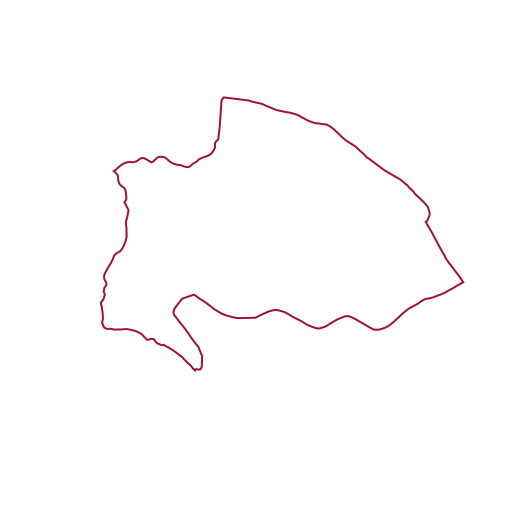 Park Ou, Louangphrabang, Laos, rotated 48°
{"feature_id": "54806243B64130062108645", "entity_name": "Park Ou", "entity_type": "district", "adm_level": 2, "iso_a3": "LAO", "parent_name": "Laos", "parent_adm1": "Louangphrabang", "projection": "mercator", "projection_center": [102.32, 20.145], "detail": "fine", "context": "isolated", "style": "outline", "palette": "rose", "viewbox_px": 512, "rotation_deg": 48, "n_neighbors": 0, "source": "geoboundaries", "source_scale": "gbopen_adm2", "svg_char_len": 3984}
<svg xmlns="http://www.w3.org/2000/svg" viewBox="0 0 512 512"><g transform="rotate(48 256 256)"><path d="M178.3,390.2L180.9,393.3L183.4,393.9L186.0,398.2L187.0,402.8L190.4,404.5L196.4,408.6L200.2,411.8L202.6,415.1L207.5,416.7L210.4,415.6L212.7,412.8L215.8,410.6L220.4,405.3L223.5,401.2L227.7,397.9L231.5,395.5L237.1,393.3L239.7,393.2L243.5,393.2L245.6,392.9L247.6,389.1L249.7,387.5L252.5,387.9L254.6,387.9L259.3,385.7L259.8,384.8L259.9,384.6L260.1,384.2L262.6,383.4L265.3,382.3L270.2,380.9L274.9,379.8L279.8,378.9L282.2,378.5L286.0,378.5L290.6,378.2L294.1,377.8L297.6,378.1L300.2,377.9L299.7,376.7L300.4,375.9L300.6,375.8L301.9,374.7L302.6,373.8L302.7,373.4L302.8,373.0L302.9,372.7L302.7,372.3L302.4,371.0L301.0,369.4L298.8,367.4L297.1,365.6L295.2,363.8L293.8,362.7L292.0,362.3L290.5,361.6L288.3,360.9L285.7,359.9L285.1,359.5L280.3,359.4L274.7,359.0L268.7,358.1L262.6,357.4L256.5,357.1L249.8,356.6L245.0,356.2L242.6,355.2L240.7,352.1L239.8,348.0L238.3,339.7L239.2,337.3L243.1,328.2L245.9,327.2L249.9,326.5L256.1,324.7L261.9,323.6L267.5,322.6L276.2,320.0L280.5,317.7L285.5,314.5L288.6,312.3L291.4,309.5L295.6,304.6L301.5,297.7L303.5,290.3L306.1,282.6L308.8,278.0L310.4,276.3L314.0,274.0L317.0,272.2L321.8,270.5L325.7,269.4L334.8,265.9L340.5,264.3L345.1,262.2L349.2,260.1L351.7,258.2L353.3,255.2L355.0,251.2L355.8,246.4L356.7,242.0L357.6,237.9L360.3,230.4L361.5,228.7L363.6,226.8L369.1,224.5L373.1,223.2L376.6,222.0L380.6,220.8L384.1,219.7L388.7,218.1L390.9,216.5L392.9,214.0L394.2,211.5L395.6,208.4L396.5,204.7L396.7,203.7L396.9,201.9L397.1,198.4L397.1,195.8L396.9,185.0L397.1,180.3L397.5,176.8L398.7,172.0L399.8,167.4L400.3,162.5L401.3,159.0L402.3,157.3L404.2,154.2L405.4,151.7L407.1,147.1L408.0,145.1L409.7,139.9L410.6,135.5L411.4,132.6L412.0,129.9L412.4,127.5L414.2,119.6L407.3,118.5L402.3,118.2L392.9,117.3L390.8,117.3L388.7,117.0L386.1,116.7L385.1,116.6L384.0,116.4L382.7,115.8L380.9,115.3L379.3,115.1L377.5,114.7L374.8,114.1L370.7,113.2L368.1,112.5L363.6,111.4L361.7,111.0L357.7,109.9L353.9,109.1L350.5,108.3L348.9,108.1L345.8,107.3L344.1,106.9L344.5,106.1L343.8,103.8L343.4,102.8L342.6,101.2L342.1,100.2L341.2,99.0L340.1,98.1L336.3,96.3L334.3,95.4L329.5,95.3L323.8,95.6L316.6,96.2L312.7,95.9L307.4,96.4L304.0,96.2L303.2,96.6L302.3,96.7L299.4,97.0L295.7,97.6L291.1,99.1L281.6,102.1L277.1,103.4L266.2,105.6L261.8,106.5L256.4,107.7L251.5,107.8L247.6,108.3L241.4,108.8L237.9,109.7L229.8,112.0L225.2,112.5L222.4,112.7L213.2,113.4L208.3,114.5L205.4,115.7L202.4,118.4L200.2,120.1L198.4,121.8L196.9,123.1L193.9,124.9L189.4,127.1L183.8,129.1L178.9,130.7L176.2,132.3L172.2,134.9L169.2,137.3L164.5,140.8L160.8,143.4L156.7,145.2L150.6,148.2L147.1,149.7L143.2,152.4L139.1,155.4L135.4,157.5L116.7,173.7L116.7,175.0L117.2,177.0L118.1,178.3L135.5,196.3L141.8,203.5L143.8,205.7L144.1,206.8L144.2,209.3L144.8,211.1L146.2,212.2L147.9,213.8L149.1,216.6L150.0,220.7L149.8,223.4L147.1,230.1L145.9,234.2L146.2,236.2L145.8,238.8L145.3,240.4L145.2,244.8L144.7,246.7L143.6,248.0L140.7,249.9L138.4,250.9L135.5,253.5L132.6,255.4L130.1,256.4L128.5,256.8L124.2,257.3L121.4,257.9L119.1,259.7L117.4,261.8L116.8,263.6L117.0,269.7L116.4,271.0L115.2,271.5L111.0,272.7L108.1,273.9L106.9,275.1L106.3,276.8L105.7,281.3L104.4,284.1L100.7,288.1L99.4,290.5L98.4,293.8L98.0,299.4L98.1,304.1L97.8,304.8L99.8,304.7L101.4,304.6L103.6,304.9L104.8,305.5L107.6,307.7L109.1,308.6L111.0,309.2L112.0,309.4L114.1,309.0L117.3,308.5L119.2,308.8L120.7,309.5L124.0,311.9L126.5,313.8L127.4,315.0L127.7,316.3L128.0,317.9L129.4,318.0L131.2,318.5L133.2,319.2L135.9,319.8L137.1,320.6L139.0,323.1L140.9,325.7L143.3,329.3L145.5,331.6L148.5,333.5L152.6,337.2L154.9,338.9L157.6,342.9L158.7,344.9L159.9,347.5L161.0,350.3L161.6,353.7L160.8,357.0L160.6,359.5L161.0,361.7L161.9,363.3L162.9,365.2L164.3,369.0L165.6,373.5L166.2,375.0L166.7,376.9L167.6,379.2L168.1,380.5L169.1,382.2L170.5,383.4L171.8,384.2L173.2,384.6L175.0,385.0L176.0,385.3L176.8,385.9L177.1,386.3L177.5,386.8L178.3,390.2Z" fill="none" stroke="#9f1239" stroke-width="2"/></g></svg>